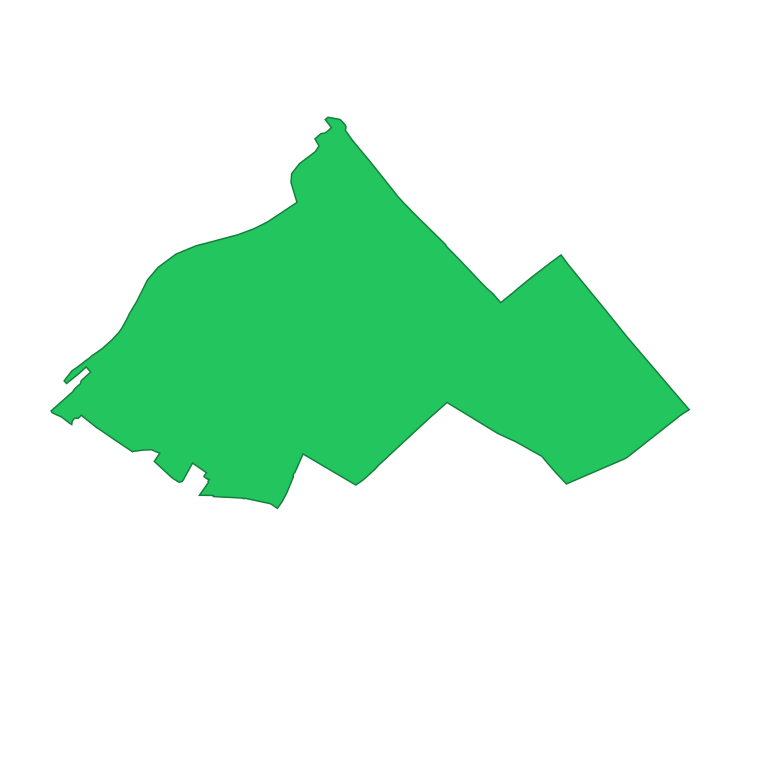 the district of Sendreni, Galati, Romania, rotated 123°
{"feature_id": "2599482B83097293031485", "entity_name": "Sendreni", "entity_type": "district", "adm_level": 2, "iso_a3": "ROU", "parent_name": "Romania", "parent_adm1": "Galati", "projection": "orthographic", "projection_center": [27.927, 45.451], "detail": "fine", "context": "isolated", "style": "filled", "palette": "green", "viewbox_px": 768, "rotation_deg": 123, "n_neighbors": 0, "source": "geoboundaries", "source_scale": "gbopen_adm2", "svg_char_len": 3123}
<svg xmlns="http://www.w3.org/2000/svg" viewBox="0 0 768 768"><g transform="rotate(123 384 384)"><path d="M542.9,652.9L555.5,654.0L556.5,650.5L541.0,645.4L531.9,643.0L533.5,637.5L533.8,636.5L537.8,637.6L540.9,638.4L544.6,639.4L546.1,639.7L548.1,639.1L549.3,638.9L550.1,639.0L553.3,640.0L555.1,640.5L555.3,640.4L556.2,640.7L559.1,640.8L559.8,640.8L561.4,641.2L587.8,648.5L587.8,648.0L588.2,647.8L588.6,647.3L588.7,646.0L588.3,643.1L588.1,641.3L587.3,636.7L587.6,633.2L588.0,627.4L588.1,625.9L588.1,623.8L585.9,624.8L584.7,625.1L583.6,625.1L582.3,625.1L580.9,624.4L579.2,621.7L575.1,620.9L576.0,612.2L577.1,600.9L577.0,599.5L577.5,580.6L577.8,558.1L577.5,558.1L570.4,549.7L569.9,549.1L565.6,542.9L565.1,538.7L564.0,534.4L574.0,534.5L578.2,510.3L578.0,502.4L575.6,500.1L572.7,500.1L572.4,500.2L554.6,501.5L554.7,498.2L555.1,484.6L559.1,484.8L559.8,484.4L559.9,480.2L559.4,480.2L559.4,478.5L561.5,478.6L562.4,477.6L572.6,478.0L577.9,478.2L570.4,466.5L571.4,465.9L556.8,440.6L556.4,438.8L555.7,438.7L546.7,415.3L546.4,414.3L546.3,413.6L546.2,412.7L546.4,405.7L545.5,405.6L538.5,405.4L536.3,405.5L530.5,406.0L529.2,406.2L527.2,406.4L520.5,407.7L511.5,409.4L510.4,410.1L508.4,411.0L507.1,410.5L503.9,411.0L503.2,411.1L486.8,413.8L484.1,352.6L477.0,349.7L473.7,348.6L461.4,345.4L460.4,345.1L456.9,344.6L454.8,344.3L448.9,342.7L431.5,338.4L387.0,327.1L365.2,321.1L364.3,290.2L363.5,261.3L360.7,242.3L360.3,236.8L358.7,212.3L361.4,203.4L364.6,192.4L368.5,176.6L317.0,142.3L314.9,141.0L313.6,140.4L312.5,139.9L264.1,123.5L256.0,120.7L249.0,118.4L247.0,117.5L246.2,117.2L243.8,116.1L239.3,114.0L238.0,118.6L231.3,141.4L226.9,156.0L220.3,178.4L217.4,188.1L213.2,202.3L212.3,205.4L200.7,240.7L187.6,281.9L187.5,282.2L183.7,294.1L179.3,305.8L191.6,310.4L213.1,318.0L229.7,323.3L235.3,325.0L236.8,325.4L245.3,328.2L252.2,330.4L249.1,341.3L248.8,342.8L248.5,344.3L248.3,346.4L247.8,349.7L246.3,356.6L243.4,368.8L240.9,378.9L237.1,395.3L235.7,401.8L234.9,405.4L234.3,407.2L233.8,407.8L233.5,408.5L225.8,446.4L223.5,456.8L221.6,465.4L219.2,474.6L216.1,483.6L204.7,517.8L201.4,528.6L197.8,540.1L196.5,544.2L192.3,554.5L190.8,555.1L189.0,555.9L187.8,557.8L186.2,563.9L186.3,565.5L190.8,576.3L192.8,576.8L193.7,577.1L194.3,577.3L197.6,567.7L203.2,569.1L205.7,570.3L208.3,573.2L216.0,575.4L217.3,572.9L219.8,568.1L226.6,568.2L245.3,574.9L257.9,576.0L265.6,571.8L279.1,555.9L301.5,565.6L311.6,570.0L324.3,577.4L338.6,588.0L370.6,617.0L388.3,629.2L409.3,637.0L424.4,638.9L425.8,639.0L448.0,636.5L449.5,636.3L454.4,636.2L464.0,635.8L466.4,635.4L469.2,635.1L470.1,635.0L472.8,634.8L475.9,634.5L477.1,634.4L478.3,634.4L479.8,634.3L481.3,634.3L483.5,634.4L484.6,634.4L485.7,634.5L487.2,634.8L489.8,635.3L490.9,635.5L492.1,635.7L493.9,636.0L495.8,636.3L497.8,636.9L499.5,637.3L501.0,637.8L502.6,638.2L504.4,638.7L506.1,639.1L507.9,639.7L510.0,640.5L512.2,641.4L513.9,642.0L515.5,642.7L517.4,643.5L519.2,644.3L520.0,644.5L521.6,644.9L523.1,645.4L524.7,646.0L526.4,646.7L528.2,647.3L529.7,647.8L530.9,648.2L532.6,648.8L534.6,649.6L537.2,650.5L539.0,651.2L540.6,651.9L542.2,652.6L542.9,652.9Z" fill="#22c55e" stroke="#15803d" stroke-width="1.5"/></g></svg>